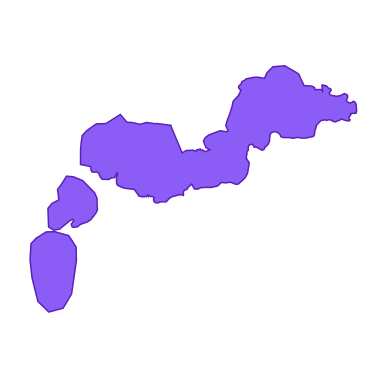 Kadavu, Fiji, rotated 187°
{"feature_id": "14151628B61046117406534", "entity_name": "Kadavu", "entity_type": "district", "adm_level": 2, "iso_a3": "FJI", "parent_name": "Fiji", "parent_adm1": "", "projection": "natural_earth1", "projection_center": [178.202, -18.951], "detail": "fine", "context": "isolated", "style": "filled", "palette": "violet", "viewbox_px": 384, "rotation_deg": 187, "n_neighbors": 0, "source": "geoboundaries", "source_scale": "gbopen_adm2", "svg_char_len": 4541}
<svg xmlns="http://www.w3.org/2000/svg" viewBox="0 0 384 384"><g transform="rotate(187 192 192)"><path d="M230.5,182.6L228.8,181.7L229.3,180.7L229.2,179.6L229.1,178.9L228.6,178.5L228.2,177.5L227.1,177.0L226.2,176.8L225.3,177.0L224.3,177.0L223.8,177.3L223.0,178.1L221.1,178.5L216.4,179.1L213.8,182.8L211.5,184.8L203.5,187.9L203.2,188.1L200.1,187.6L200.1,188.6L200.5,189.8L200.5,191.2L199.6,193.0L197.3,194.0L196.5,196.1L193.8,199.1L193.2,199.8L191.7,197.6L190.0,195.3L186.8,195.5L184.0,197.3L178.7,198.3L173.8,198.8L167.4,201.0L164.0,205.0L159.4,205.2L155.0,206.4L149.6,205.0L147.0,205.5L143.1,210.0L140.8,212.9L139.2,217.2L138.8,224.7L138.8,228.1L141.4,231.1L142.2,231.3L142.0,231.8L142.0,232.2L142.4,234.2L142.0,236.5L142.2,237.0L142.4,238.0L142.0,239.2L141.4,240.0L141.2,240.9L141.5,241.2L141.5,242.2L141.6,244.0L140.6,245.9L138.6,246.7L138.0,246.5L136.1,245.1L136.0,244.1L135.7,244.0L134.9,244.4L134.0,244.3L133.5,244.5L133.0,244.1L132.4,244.1L131.7,243.6L127.5,241.9L125.8,243.0L125.4,243.7L125.5,244.7L125.2,244.9L125.1,245.4L124.5,245.7L122.2,248.7L121.3,251.6L121.5,258.3L120.5,260.5L117.9,261.9L114.5,261.7L111.6,259.8L110.7,257.9L109.3,257.4L108.5,257.1L105.2,257.5L101.0,257.9L98.9,257.6L96.7,258.1L96.1,258.4L93.8,259.0L92.1,259.0L90.5,258.8L89.7,258.9L85.6,259.4L84.1,259.9L82.8,260.4L81.6,260.8L78.5,261.9L77.9,262.5L77.5,263.7L77.5,265.1L77.5,267.8L77.4,268.3L76.8,270.9L76.6,272.7L76.8,272.9L75.9,274.2L75.4,275.1L75.1,275.5L74.9,275.9L74.7,276.0L74.1,276.9L73.8,277.2L73.1,278.2L72.4,278.6L72.1,278.7L71.9,279.0L70.9,279.1L69.9,279.5L69.3,279.8L68.8,279.9L67.3,279.4L66.9,279.6L65.9,280.2L65.6,280.2L65.1,280.3L62.8,280.4L61.2,279.5L60.2,279.3L58.5,279.0L57.7,279.3L56.6,280.1L56.1,280.4L55.5,280.6L55.1,280.9L54.9,280.9L54.1,281.2L53.7,281.8L53.4,282.1L53.0,282.4L52.4,282.5L52.1,282.7L50.3,282.0L49.7,281.9L48.2,281.8L46.6,281.5L45.5,281.7L44.5,281.9L44.2,282.0L44.2,282.3L44.0,283.0L44.4,283.0L44.8,283.3L45.1,283.7L45.2,284.6L45.1,285.6L44.6,286.7L44.4,286.9L44.3,287.2L43.7,288.2L43.8,288.6L44.1,288.7L44.3,288.9L44.3,289.0L42.6,289.6L40.2,289.9L38.8,290.2L38.6,291.4L38.5,292.6L39.1,295.7L39.4,297.2L39.9,299.1L40.7,300.6L41.5,301.3L42.9,301.7L44.0,300.6L45.6,299.5L49.2,300.5L49.9,301.4L49.4,303.6L49.0,305.6L49.5,307.0L51.2,307.9L52.9,308.2L56.3,305.8L60.6,304.5L62.1,304.8L63.4,304.8L65.4,304.9L66.7,305.3L67.9,306.9L67.0,308.7L66.2,310.3L67.2,311.4L69.6,311.9L70.7,313.1L71.8,313.8L73.7,313.9L75.3,314.3L76.1,313.7L75.5,311.4L74.8,308.3L74.8,308.0L76.0,309.5L82.1,308.7L82.8,309.2L83.0,310.4L84.3,311.2L87.0,311.8L89.7,311.5L91.7,311.4L93.7,311.3L96.7,315.8L100.5,322.2L115.3,328.6L126.9,326.2L132.2,319.5L133.9,313.6L138.6,313.9L141.9,313.9L145.2,313.2L152.2,310.8L153.3,309.3L155.9,307.7L156.4,305.4L158.4,303.1L158.6,301.4L156.9,299.5L155.7,299.2L157.6,293.4L159.7,290.6L162.2,287.2L162.8,280.9L164.5,272.1L166.0,266.5L166.5,261.9L163.5,257.0L165.1,256.0L171.7,256.2L182.5,250.5L185.3,247.7L186.9,244.0L183.7,237.9L179.5,236.1L180.8,235.6L183.5,233.6L186.1,234.7L186.3,235.0L186.9,235.0L187.8,234.6L188.3,234.7L188.6,235.0L188.9,235.7L189.3,235.7L189.8,235.2L190.3,234.9L191.2,234.9L191.9,234.8L192.5,234.1L192.6,233.1L196.3,233.6L202.6,232.5L206.6,229.7L220.7,254.4L221.0,255.6L234.1,255.7L237.5,255.3L242.2,255.4L245.6,255.5L251.8,252.8L258.1,253.5L261.0,253.6L265.0,253.3L272.6,260.2L285.8,249.4L295.2,248.0L299.9,243.8L304.0,240.0L307.8,234.7L308.0,227.7L307.8,220.7L306.0,205.7L295.6,204.9L294.9,201.5L293.7,199.7L292.3,199.7L288.8,200.2L287.0,199.4L284.7,195.4L282.7,193.7L276.0,194.3L273.8,196.1L270.8,196.8L268.3,202.5L268.3,201.1L268.1,198.9L268.8,197.3L268.0,191.7L267.1,189.9L264.9,189.0L260.7,187.7L256.8,187.5L249.6,187.5L245.6,183.2L244.8,183.0L244.6,181.6L242.9,181.3L242.1,181.3L241.5,181.6L240.8,181.1L240.1,181.2L239.8,181.6L238.9,181.5L237.8,181.8L237.0,181.7L236.0,182.8L235.5,182.8L235.1,182.4L235.2,183.3L234.8,183.0L234.1,182.8L233.1,182.9L232.6,182.5L232.0,182.4L231.1,182.8L230.5,182.6ZM331.9,134.6L341.1,127.1L345.5,121.1L344.5,105.1L340.3,87.3L331.6,64.6L319.5,55.4L305.8,61.0L299.1,76.0L298.4,109.9L300.3,123.2L308.9,133.6L323.4,135.9L331.9,134.6ZM330.1,139.8L324.7,137.3L318.9,139.0L310.1,148.3L307.2,150.3L305.8,149.5L307.9,145.3L306.7,142.7L304.3,142.6L301.3,143.6L298.9,146.2L295.5,147.9L292.5,149.4L290.4,151.0L289.0,152.4L286.6,156.3L284.7,159.5L283.7,162.7L284.7,168.0L285.5,174.2L288.7,179.5L301.9,190.0L311.8,192.7L318.5,192.4L321.9,185.0L325.8,178.0L324.0,171.5L323.3,167.9L329.6,163.5L333.0,158.2L330.1,139.8Z" fill="#8b5cf6" stroke="#5b21b6" stroke-width="1.5"/></g></svg>